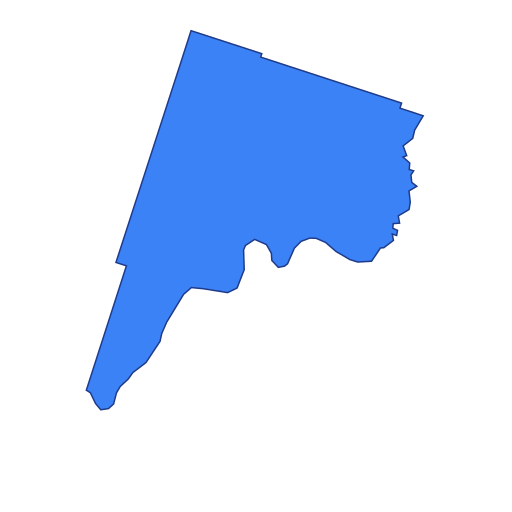 the district of Stanley, South Dakota, United States of America, rotated 108°
{"feature_id": "52423323B54523743279075", "entity_name": "Stanley", "entity_type": "district", "adm_level": 2, "iso_a3": "USA", "parent_name": "United States of America", "parent_adm1": "South Dakota", "projection": "mercator", "projection_center": [-100.59, 44.476], "detail": "fine", "context": "isolated", "style": "filled", "palette": "blue", "viewbox_px": 512, "rotation_deg": 108, "n_neighbors": 0, "source": "geoboundaries", "source_scale": "gbopen_adm2", "svg_char_len": 1026}
<svg xmlns="http://www.w3.org/2000/svg" viewBox="0 0 512 512"><g transform="rotate(108 256 256)"><path d="M436.1,375.9L437.2,371.3L445.9,363.0L450.2,356.1L446.7,349.1L440.7,345.7L429.3,346.4L422.0,344.8L412.5,339.5L404.9,337.1L391.3,327.7L366.8,320.9L358.8,321.7L346.5,320.5L314.8,313.0L306.0,307.7L303.4,296.0L299.6,271.7L292.3,264.1L272.6,263.0L254.0,269.7L249.3,269.3L240.6,262.4L241.9,249.6L248.7,242.2L255.3,239.6L259.9,231.3L256.9,225.8L253.7,223.6L236.6,221.9L228.1,217.6L222.3,210.3L220.6,204.2L221.6,194.0L227.0,181.2L230.4,165.6L230.3,157.4L225.3,144.5L209.9,140.1L208.6,137.0L198.7,130.1L193.0,133.2L193.0,128.6L187.9,129.3L187.3,134.5L182.8,135.5L180.4,129.6L173.9,133.1L164.5,124.8L157.2,125.9L146.8,130.6L140.0,124.6L137.9,130.6L131.0,133.7L126.3,132.4L126.4,137.0L120.1,138.5L116.4,146.8L114.0,143.7L105.8,150.1L95.7,143.3L87.3,144.0L71.0,140.3L70.9,164.8L65.6,164.8L65.4,313.0L61.8,313.0L61.8,387.4L98.4,387.3L305.4,387.2L305.4,376.2L436.1,375.9Z" fill="#3b82f6" stroke="#1e3a8a" stroke-width="1.5"/></g></svg>